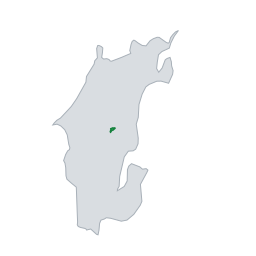 Escazu, San José, Costa Rica (highlighted), rotated 248°
{"feature_id": "36466004B13672837232461", "entity_name": "Escazu", "entity_type": "district", "adm_level": 2, "iso_a3": "CRI", "parent_name": "Costa Rica", "parent_adm1": "San José", "projection": "orthographic", "projection_center": [-84.155, 9.916], "detail": "fine", "context": "in_parent", "style": "filled", "palette": "green", "viewbox_px": 256, "rotation_deg": 248, "n_neighbors": 0, "source": "geoboundaries", "source_scale": "gbopen_adm2", "svg_char_len": 2604}
<svg xmlns="http://www.w3.org/2000/svg" viewBox="0 0 256 256"><g transform="rotate(248 128 128)"><path d="M215.8,130.8L215.5,131.8L214.6,132.8L213.3,133.9L211.6,134.6L207.4,132.5L203.3,130.0L201.1,131.2L200.2,134.3L198.7,136.0L196.8,136.6L196.1,137.7L195.9,148.4L196.1,158.5L199.2,158.7L204.4,162.2L206.6,164.2L207.3,166.1L206.7,167.0L202.9,169.3L199.2,172.1L197.4,175.5L200.6,181.1L201.3,184.9L201.2,188.9L200.4,190.8L193.2,195.4L191.6,197.0L191.8,198.2L195.8,201.3L197.7,204.4L199.3,208.1L199.5,211.3L195.9,205.4L190.9,199.7L186.6,196.2L186.2,188.1L184.5,183.7L177.9,179.7L172.4,176.8L168.2,177.4L170.8,182.1L177.3,188.1L177.8,190.4L177.7,193.4L173.2,193.0L169.2,191.7L164.3,191.3L161.1,189.5L154.3,182.4L159.1,176.2L160.6,172.2L160.5,163.9L159.4,159.9L154.1,153.8L145.7,147.0L134.0,141.5L128.5,137.1L114.8,133.7L109.6,131.4L105.5,127.2L104.9,124.2L106.4,119.6L102.6,113.7L86.3,102.2L77.2,97.9L75.3,95.4L73.8,94.6L75.2,102.6L79.2,107.4L89.6,111.9L92.4,114.5L93.6,117.9L87.5,124.4L84.4,126.0L83.5,129.6L81.5,130.7L79.5,128.6L71.1,118.4L54.8,113.4L51.8,110.4L45.8,101.1L43.0,92.6L44.1,86.9L50.8,78.1L52.9,74.3L52.5,71.9L52.7,68.4L50.3,66.0L44.1,62.8L40.2,60.2L41.2,59.0L48.3,55.6L48.8,52.5L48.8,51.5L49.9,51.3L51.0,50.5L51.6,49.6L53.6,46.7L55.3,45.0L57.2,44.7L59.6,46.0L68.5,49.2L78.4,52.8L92.5,57.9L98.4,54.7L103.4,52.2L106.9,52.6L114.5,55.4L119.1,56.4L121.9,56.1L126.8,60.3L129.4,63.5L129.9,65.6L131.4,66.7L135.1,67.0L144.4,69.1L150.1,68.7L155.2,66.4L158.1,63.7L159.0,59.4L160.3,61.5L161.8,64.9L162.5,69.1L169.2,83.5L174.5,91.5L186.2,106.1L191.3,108.8L199.9,120.5L202.8,122.4L204.5,125.9L213.4,128.7L215.8,130.8Z" fill="#d9dde1" stroke="#a8b0b8" stroke-width="1"/><path d="M130.6,109.8L130.5,110.0L130.6,110.3L130.8,110.4L130.8,110.5L131.0,110.8L131.1,111.0L131.3,111.0L131.5,111.2L131.5,111.3L131.6,111.6L131.6,111.8L131.8,112.0L131.8,112.3L131.8,112.5L131.8,112.9L131.8,113.0L131.7,113.1L131.7,113.3L131.7,113.5L131.8,113.6L131.8,113.8L131.9,114.0L132.0,114.1L132.1,114.4L132.2,114.5L132.2,114.8L132.3,114.9L132.3,115.0L132.4,115.3L132.5,115.4L132.5,115.5L132.4,115.5L132.5,115.8L132.8,115.9L133.0,115.8L133.1,115.6L133.2,115.4L133.2,115.2L133.2,114.9L133.2,114.7L133.3,114.7L133.4,114.4L133.5,114.4L133.6,114.2L133.8,114.0L133.8,113.5L133.8,113.0L133.8,112.6L133.8,112.2L133.8,111.9L133.7,111.9L133.6,111.7L133.4,111.7L133.2,111.7L132.9,111.6L132.7,111.5L132.6,111.4L132.5,111.2L132.4,111.2L132.2,111.1L132.1,110.9L131.9,110.8L131.7,110.7L131.4,110.5L131.4,110.4L131.2,110.3L131.2,110.2L130.9,110.1L130.7,110.1L130.6,109.9L130.6,109.8Z" fill="#22c55e" stroke="#15803d" stroke-width="1.5"/></g></svg>